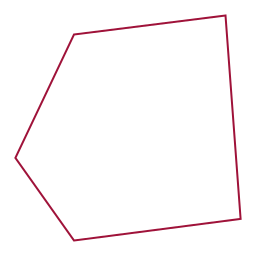 SVG path tracing the border of Vatican
{"feature_id": "VAT", "entity_name": "Vatican", "entity_type": "country or territory", "adm_level": 0, "iso_a3": "VAT", "parent_name": "Europe", "parent_adm1": "", "projection": "mercator", "projection_center": [12.434, 41.902], "detail": "fine", "context": "isolated", "style": "outline", "palette": "rose", "viewbox_px": 256, "rotation_deg": 0, "n_neighbors": 0, "source": "natural_earth", "source_scale": "50m", "svg_char_len": 194}
<svg xmlns="http://www.w3.org/2000/svg" viewBox="0 0 256 256"><path d="M240.6,218.9L74.0,240.5L15.4,157.9L74.0,34.5L225.5,15.5L240.6,218.9Z" fill="none" stroke="#9f1239" stroke-width="2"/></svg>